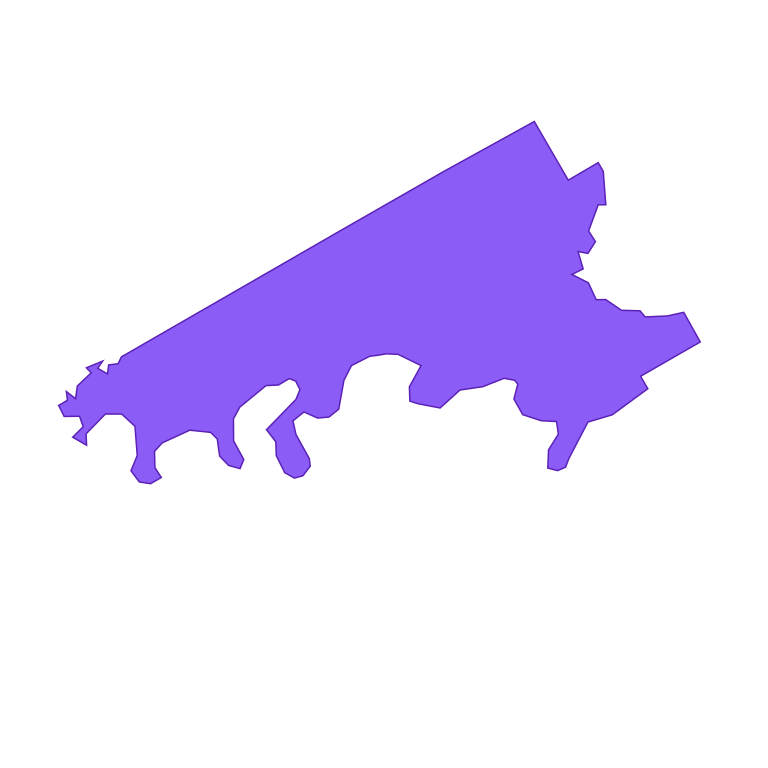 Catahoula, Louisiana, United States of America, rotated 60°
{"feature_id": "52423323B45931526647810", "entity_name": "Catahoula", "entity_type": "district", "adm_level": 2, "iso_a3": "USA", "parent_name": "United States of America", "parent_adm1": "Louisiana", "projection": "albers", "projection_center": [-91.808, 31.597], "detail": "fine", "context": "isolated", "style": "filled", "palette": "violet", "viewbox_px": 768, "rotation_deg": 60, "n_neighbors": 0, "source": "geoboundaries", "source_scale": "gbopen_adm2", "svg_char_len": 1558}
<svg xmlns="http://www.w3.org/2000/svg" viewBox="0 0 768 768"><g transform="rotate(60 384 384)"><path d="M231.8,122.6L229.8,226.1L229.4,347.4L229.4,369.0L229.2,597.8L233.5,604.2L229.8,612.9L237.0,618.4L227.3,624.1L223.5,616.2L221.2,633.6L227.9,632.0L232.4,650.6L242.6,658.5L231.7,662.8L239.8,666.3L239.9,676.5L252.2,677.2L259.7,663.8L270.6,665.9L274.4,680.2L288.3,672.2L278.2,666.9L270.7,640.3L278.9,626.2L296.1,620.8L322.6,633.5L332.6,646.5L346.5,644.9L353.6,636.0L353.6,623.6L341.9,624.2L327.6,616.4L324.1,605.5L326.9,575.3L339.2,558.3L348.3,555.9L364.2,562.4L376.8,559.3L385.3,551.0L379.3,543.2L358.1,542.7L338.9,531.8L331.9,520.4L326.4,487.0L332.1,475.9L331.9,463.4L337.3,459.0L346.8,459.6L353.3,467.9L364.8,508.6L380.0,506.6L392.2,513.1L411.2,514.3L420.7,508.6L422.9,500.1L418.3,489.0L411.3,486.0L383.8,485.5L370.4,481.3L368.2,467.3L380.3,458.5L385.1,448.2L383.2,435.8L360.8,416.9L351.8,403.0L352.8,382.9L353.2,381.6L355.5,376.3L359.1,366.8L365.3,357.0L386.6,342.7L399.1,363.4L411.8,370.2L418.2,364.3L432.8,347.4L427.2,321.2L435.7,299.9L439.1,277.2L446.1,269.0L451.0,268.2L462.0,279.0L479.9,279.2L494.4,266.2L502.8,253.3L514.6,258.1L523.3,274.4L538.7,284.2L545.8,277.0L546.8,268.3L541.0,261.2L518.9,226.4L524.8,201.8L520.0,157.9L505.6,157.9L505.7,89.1L471.8,88.6L466.7,104.7L456.5,124.3L448.6,125.7L438.9,141.5L421.7,149.8L417.1,158.1L398.6,156.4L383.1,166.5L383.9,154.0L366.3,149.7L372.9,142.1L366.4,129.7L353.8,130.3L335.9,108.9L339.7,102.3L309.5,87.8L299.4,87.8L299.6,122.5L231.8,122.6Z" fill="#8b5cf6" stroke="#5b21b6" stroke-width="1.5"/></g></svg>